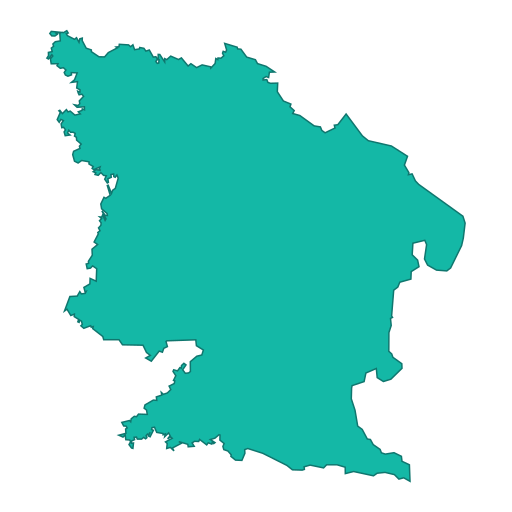 Nablus, West Bank, Palestine (Natural Earth projection)
{"feature_id": "87354302B42764778113026", "entity_name": "Nablus", "entity_type": "district", "adm_level": 2, "iso_a3": "PSE", "parent_name": "Palestine", "parent_adm1": "West Bank", "projection": "natural_earth1", "projection_center": [35.262, 32.179], "detail": "fine", "context": "isolated", "style": "filled", "palette": "teal", "viewbox_px": 512, "rotation_deg": 0, "n_neighbors": 0, "source": "geoboundaries", "source_scale": "gbopen_adm2", "svg_char_len": 5847}
<svg xmlns="http://www.w3.org/2000/svg" viewBox="0 0 512 512"><path d="M450.6,268.0L461.6,245.6L463.3,238.2L465.1,223.1L462.9,216.2L418.7,184.4L415.4,180.9L412.1,173.9L408.4,174.7L408.9,172.7L404.4,165.1L407.5,156.3L391.4,146.0L368.3,140.7L362.4,135.9L346.1,114.0L337.8,124.7L334.3,125.2L335.0,128.0L325.1,132.8L321.8,130.4L320.4,126.9L314.2,125.9L299.8,115.5L292.7,113.5L294.2,110.6L290.0,106.8L290.9,104.1L283.4,101.0L277.3,91.7L277.7,83.1L270.4,83.3L267.9,82.4L266.8,79.6L263.1,80.0L263.1,78.5L266.1,76.5L268.6,77.5L269.4,72.2L274.7,72.0L266.1,66.3L257.5,63.6L255.4,59.7L246.7,57.1L240.9,49.2L237.6,48.9L237.2,47.2L224.7,43.4L226.6,50.0L225.6,52.2L223.2,51.3L222.5,53.2L223.8,55.8L221.0,58.2L218.0,58.0L217.8,59.6L215.8,58.5L215.1,63.5L210.8,68.1L210.6,66.8L202.1,64.9L196.6,67.6L190.9,63.7L188.1,66.0L181.4,57.9L178.5,59.5L170.7,56.1L166.8,59.6L164.7,58.6L164.7,62.0L159.8,54.5L158.2,54.4L158.2,59.8L159.1,59.8L158.7,63.1L157.3,63.4L155.8,61.5L157.4,59.1L155.9,56.7L153.3,57.1L149.3,50.0L145.9,51.1L143.9,48.3L139.7,47.5L139.4,48.9L134.6,49.7L132.9,44.8L130.6,46.7L128.6,44.9L119.3,44.3L119.0,46.7L116.1,47.0L117.3,47.9L108.3,52.6L104.6,56.9L99.0,56.8L91.4,51.7L91.3,49.9L86.2,48.2L82.2,40.6L82.3,38.1L79.8,38.8L79.0,42.3L76.5,37.7L74.5,39.3L67.5,35.7L66.3,33.7L68.2,33.0L66.8,30.7L63.6,32.6L51.3,31.4L49.8,33.5L51.8,35.9L54.9,36.0L57.3,34.3L56.2,33.3L60.8,32.6L59.8,33.6L60.3,40.9L55.3,41.7L52.9,44.0L53.6,46.3L51.3,48.1L52.2,51.6L48.4,52.4L48.5,55.7L46.9,58.1L48.4,59.0L51.8,54.6L52.8,56.0L50.4,58.8L51.2,63.8L58.0,63.7L57.0,65.7L60.3,68.3L63.4,67.7L65.9,70.0L64.2,72.5L65.4,75.0L67.9,76.2L71.5,74.9L71.3,72.6L77.2,72.9L74.5,79.8L71.4,82.4L77.5,81.6L76.7,88.0L80.0,89.8L79.9,92.2L77.7,91.2L78.2,92.9L79.1,94.8L81.9,94.2L83.6,96.3L79.3,100.9L79.8,103.7L78.2,105.5L74.4,104.8L77.1,107.3L84.4,106.8L84.5,109.8L82.3,108.9L82.0,110.4L78.3,111.8L80.3,113.9L74.9,115.1L70.2,111.1L68.0,111.9L66.4,109.6L62.4,113.6L59.8,110.3L58.9,110.8L60.3,112.4L57.2,119.6L59.2,122.3L60.9,119.4L63.4,120.6L61.1,123.9L61.8,127.7L63.6,127.3L65.5,129.9L64.1,131.9L65.2,135.7L70.0,135.0L67.5,133.0L68.8,130.2L70.6,132.3L73.1,132.2L75.2,133.4L74.5,136.1L76.4,137.3L76.6,140.1L81.2,144.1L79.4,146.2L80.0,148.4L73.6,151.3L72.7,154.6L74.5,161.2L78.1,163.0L81.7,160.5L89.0,161.8L89.0,164.0L93.2,166.5L92.1,168.4L93.7,169.6L100.1,166.9L99.2,169.3L100.7,170.4L96.1,169.6L93.2,171.7L95.8,172.8L95.0,174.5L98.2,175.3L100.9,172.6L103.6,175.4L106.3,175.8L104.7,179.2L107.3,183.0L108.4,182.4L107.9,178.8L111.3,177.3L110.9,174.5L113.6,174.0L113.8,176.6L115.2,177.3L116.9,175.0L118.2,178.1L115.3,188.4L112.7,190.2L111.5,193.4L108.2,185.2L107.3,185.5L110.2,195.3L105.8,198.3L104.0,197.3L100.8,204.0L101.6,208.8L107.1,213.5L107.4,215.5L105.3,215.4L101.9,210.9L106.0,218.9L105.1,220.4L102.6,215.0L101.7,217.1L99.7,216.9L101.6,218.6L99.5,220.7L101.1,222.8L100.9,225.3L98.5,227.9L100.0,230.8L97.8,232.5L98.3,233.9L94.1,242.0L97.6,244.5L92.0,249.2L92.3,255.2L88.4,261.3L88.6,263.4L86.2,264.0L87.2,268.7L90.5,268.1L92.6,265.9L96.7,268.7L96.2,281.2L90.1,278.4L89.9,283.9L83.9,287.4L85.1,292.0L86.1,291.5L85.2,293.4L81.3,293.9L79.8,291.6L77.2,296.1L69.9,296.5L64.5,311.0L67.0,309.2L70.8,315.5L74.4,314.1L74.2,316.6L78.7,319.4L77.8,321.8L79.1,322.4L79.8,320.2L81.5,321.2L82.3,324.4L80.9,325.8L83.8,328.3L90.7,325.7L91.2,327.2L93.2,326.6L92.7,328.6L102.8,336.5L103.7,339.7L119.0,339.7L122.5,344.8L143.0,345.2L146.5,352.5L150.3,355.4L145.7,358.0L151.3,361.2L159.2,351.1L162.4,352.2L163.8,348.3L167.4,346.6L166.0,341.5L166.8,340.8L195.8,339.8L196.4,345.7L203.4,350.0L201.8,355.0L196.8,356.2L190.3,361.7L190.4,371.5L188.7,372.9L185.3,373.3L182.7,369.8L186.0,364.9L183.9,363.3L181.5,365.5L181.2,368.1L179.9,367.6L177.5,370.9L173.7,369.8L173.0,371.4L175.8,375.7L173.5,380.4L174.8,380.8L174.3,383.5L169.1,386.1L170.8,389.6L167.3,393.0L163.4,394.3L161.3,392.4L161.8,395.1L156.3,396.9L156.8,400.4L153.3,400.1L145.0,404.9L144.1,408.2L146.5,410.0L147.3,414.4L138.5,414.1L136.5,416.7L134.3,416.3L131.2,418.8L130.7,421.8L129.5,420.5L121.8,422.4L123.7,426.0L126.0,426.1L127.2,427.9L125.6,429.0L125.9,433.3L118.8,435.2L123.0,437.1L125.2,435.0L125.8,439.7L129.7,440.0L130.6,441.7L129.0,444.6L131.5,448.0L132.9,448.4L133.5,443.0L131.6,443.3L131.4,441.1L134.6,439.6L134.1,437.3L136.5,437.1L137.3,439.1L141.6,439.1L143.7,437.4L145.6,438.8L146.9,437.7L146.1,435.6L147.4,434.1L148.3,435.1L150.2,432.2L148.3,435.9L150.1,436.8L153.4,430.3L151.6,429.5L152.0,427.6L154.5,427.2L156.7,432.4L163.0,433.5L163.1,434.8L165.3,433.9L164.7,436.7L168.6,432.9L170.1,435.7L167.6,438.8L170.7,436.9L172.2,438.3L165.5,441.9L167.2,443.5L166.7,448.5L170.3,447.4L174.0,450.9L172.4,448.0L181.6,443.2L178.8,441.6L187.8,444.3L188.2,446.8L194.2,446.3L192.1,442.9L194.5,441.3L198.7,441.5L199.6,439.4L206.7,444.9L208.2,442.8L211.8,444.1L212.2,442.4L213.7,443.6L215.0,442.6L210.3,439.5L214.9,438.2L219.0,434.7L220.0,435.0L219.9,440.1L224.1,443.5L222.9,446.4L223.8,449.6L227.9,451.0L231.2,454.8L230.9,456.4L235.5,460.1L241.9,460.4L244.9,453.3L244.7,449.6L247.8,448.5L262.8,453.3L286.9,465.4L292.4,469.8L302.2,470.1L304.4,469.4L304.1,466.8L310.1,465.1L323.6,467.9L326.6,464.8L337.1,464.8L345.2,467.2L345.3,473.6L353.6,471.5L373.5,475.8L377.2,473.2L385.1,472.4L394.4,474.6L398.9,479.1L403.7,477.8L410.0,481.3L409.4,464.8L402.0,461.3L401.4,456.3L394.0,452.7L385.3,454.1L381.4,452.8L380.1,449.4L373.2,444.6L370.4,439.5L367.3,439.0L362.2,429.4L357.7,426.1L355.0,410.2L351.3,398.8L351.6,388.0L352.1,385.6L364.1,381.6L365.9,373.0L376.3,368.5L377.2,377.6L383.4,381.5L390.9,379.2L402.0,368.3L401.8,363.7L392.9,357.3L391.7,353.9L388.8,351.3L388.9,332.6L391.2,325.5L390.5,318.4L392.5,317.4L391.6,316.0L393.7,290.2L397.8,287.1L399.8,282.2L410.9,279.1L411.2,271.6L419.0,266.7L417.6,260.1L412.2,254.8L412.9,243.2L424.8,240.3L426.6,244.6L424.5,259.0L427.6,265.1L436.5,270.1L446.8,270.9L450.6,268.0Z" fill="#14b8a6" stroke="#0f766e" stroke-width="1.5"/></svg>